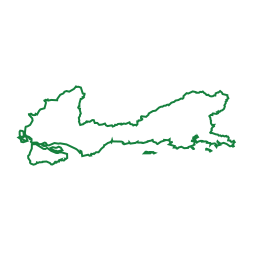 Mawlamyine, Mon, Myanmar, rotated 277°
{"feature_id": "60261553B68016490563167", "entity_name": "Mawlamyine", "entity_type": "district", "adm_level": 2, "iso_a3": "MMR", "parent_name": "Myanmar", "parent_adm1": "Mon", "projection": "orthographic", "projection_center": [97.813, 15.742], "detail": "fine", "context": "isolated", "style": "outline", "palette": "green", "viewbox_px": 256, "rotation_deg": 277, "n_neighbors": 0, "source": "geoboundaries", "source_scale": "gbopen_adm2", "svg_char_len": 5891}
<svg xmlns="http://www.w3.org/2000/svg" viewBox="0 0 256 256"><g transform="rotate(277 128 128)"><path d="M129.1,28.1L125.9,31.8L123.7,32.4L119.2,30.5L117.4,28.1L116.9,26.5L116.3,26.2L110.0,26.3L107.8,27.6L107.0,31.0L105.3,33.6L103.6,33.8L102.5,33.3L102.0,33.8L101.8,35.1L102.5,39.4L101.1,41.9L101.5,44.1L103.3,46.9L103.2,48.1L101.2,49.9L101.0,50.8L101.2,51.8L104.1,56.8L104.0,60.8L104.5,62.5L104.2,69.0L100.9,78.9L100.0,80.6L97.4,83.4L98.1,84.1L99.4,83.8L99.1,84.6L94.5,86.0L96.6,91.7L95.8,93.1L96.2,94.7L96.8,94.3L97.9,94.7L97.9,96.4L98.5,97.1L98.2,97.6L100.0,99.2L100.3,101.7L104.2,104.1L106.5,106.3L108.1,106.5L108.2,107.1L110.7,109.9L112.0,112.6L112.9,111.9L111.7,113.3L114.0,113.7L112.8,114.2L113.7,123.0L113.5,124.2L112.8,125.2L112.0,124.8L111.4,126.1L113.3,131.0L114.0,131.0L112.8,132.2L114.1,137.2L115.5,139.1L114.9,139.1L114.7,139.7L115.2,143.6L114.9,143.8L114.9,144.8L116.7,149.1L117.2,149.1L118.6,153.5L118.8,153.8L120.1,153.6L118.2,154.2L117.4,154.9L116.9,157.7L115.9,158.6L115.7,159.3L118.4,162.3L120.0,165.8L120.6,165.5L120.8,169.5L121.9,170.7L119.9,170.9L118.7,171.7L119.4,173.2L119.2,173.3L116.7,170.7L115.8,176.5L114.2,175.9L114.5,178.2L113.6,178.7L113.6,179.6L114.8,180.6L115.9,183.2L114.8,186.3L115.6,190.1L116.5,190.3L118.4,194.3L119.6,196.0L120.1,195.6L122.6,196.1L122.8,193.0L123.2,193.0L123.3,194.5L124.2,194.2L125.5,194.4L125.8,193.9L126.8,194.1L126.9,194.9L128.5,196.1L128.2,197.4L127.8,197.4L127.8,197.8L128.3,197.8L127.5,198.5L126.5,197.1L126.8,196.7L124.9,196.1L124.8,195.4L125.3,194.8L124.7,194.8L124.3,196.3L121.9,198.1L123.1,199.4L124.1,201.7L124.2,203.3L123.5,203.2L124.2,207.1L123.9,208.3L122.9,208.1L123.1,211.5L122.5,211.8L121.4,211.8L122.3,212.4L123.3,216.0L122.5,217.4L121.6,217.5L121.2,216.9L120.0,218.1L121.2,218.3L122.6,221.6L123.3,221.0L122.8,220.7L122.7,219.9L124.8,219.3L125.2,218.4L125.7,218.5L124.8,219.6L124.0,220.0L124.4,220.6L123.6,221.9L124.9,224.7L124.2,227.8L122.3,231.4L123.1,234.2L122.4,234.6L122.8,235.2L124.5,233.9L124.8,234.6L126.6,235.0L127.0,235.6L128.2,234.6L127.0,233.2L126.8,232.2L127.3,231.3L128.0,231.1L127.9,228.9L130.5,229.2L131.7,228.2L131.5,226.8L132.1,226.4L131.4,224.6L132.0,223.1L131.2,221.7L131.9,220.6L131.5,219.0L132.4,218.0L132.4,216.0L133.3,212.1L133.0,210.8L133.4,210.2L136.2,211.5L137.1,210.9L139.1,211.8L140.2,213.1L140.8,212.7L141.6,213.1L141.2,211.1L142.7,209.8L144.8,209.4L145.2,209.6L146.4,208.9L148.1,208.5L149.7,207.3L151.0,208.5L151.1,210.2L152.4,210.1L152.8,210.5L152.8,214.2L153.5,215.3L154.5,214.6L154.6,215.2L155.3,215.5L154.7,216.0L155.4,216.3L155.3,217.1L156.3,217.8L157.1,219.5L158.8,221.0L161.4,221.5L162.2,220.9L164.6,222.0L166.0,221.7L167.1,222.9L167.9,222.2L169.6,224.0L170.7,223.5L171.0,222.9L172.7,222.6L173.2,217.8L174.6,216.9L175.9,214.9L174.2,213.4L174.3,212.9L173.1,210.8L170.9,210.7L170.9,209.5L169.9,208.4L169.5,206.6L169.7,205.3L170.8,203.5L170.3,202.6L170.4,201.8L171.6,200.6L171.9,199.5L173.3,197.8L172.6,196.6L172.7,195.2L171.7,194.2L171.3,191.4L171.9,191.0L172.2,187.8L169.6,183.7L169.7,181.9L166.4,179.2L164.8,179.4L163.7,178.6L163.7,177.0L161.9,174.6L161.0,171.8L159.7,170.8L158.4,168.0L155.6,165.7L156.1,165.0L155.6,163.5L154.8,162.8L154.5,161.0L153.4,159.7L153.2,158.3L152.1,156.4L148.6,153.3L147.8,150.6L144.9,146.8L143.7,146.7L141.3,144.6L141.3,140.0L140.9,139.6L139.4,139.7L138.8,141.0L138.2,141.1L137.1,139.6L136.8,137.6L135.9,137.5L135.7,136.4L132.9,136.9L131.6,136.0L132.0,135.3L132.0,134.4L131.2,132.9L132.1,132.1L132.2,129.8L133.8,128.8L131.8,125.3L131.9,123.3L130.6,121.1L130.7,120.6L131.4,120.6L130.8,117.6L129.6,116.5L129.6,114.8L128.5,114.4L127.6,112.6L128.7,111.7L127.4,107.4L128.0,105.8L129.6,104.6L128.3,102.0L127.6,99.0L129.3,96.9L128.9,94.4L131.6,93.1L131.5,91.6L129.5,89.3L129.5,86.4L128.9,86.4L129.0,85.7L128.1,85.3L127.0,83.4L126.4,83.3L125.2,80.2L128.5,78.5L129.3,78.8L132.2,77.9L133.9,78.8L135.5,78.8L136.5,79.4L139.9,78.0L141.3,78.0L141.2,77.2L142.1,76.1L143.6,76.5L143.7,77.1L146.3,76.8L151.1,77.5L151.2,78.4L152.8,80.2L153.3,79.4L154.0,80.3L156.0,80.8L156.7,80.7L156.7,78.9L162.4,76.3L162.9,73.7L162.4,71.7L162.8,71.3L160.2,69.6L156.9,65.2L157.2,62.5L156.2,60.5L154.5,59.7L152.7,56.7L148.3,54.3L146.9,54.3L146.5,48.4L145.5,45.5L146.5,44.9L145.4,43.5L145.9,42.9L145.1,41.7L144.6,42.0L144.6,42.7L142.9,43.5L137.4,42.7L135.8,38.8L134.2,37.7L130.3,36.1L130.8,34.6L129.6,34.4L129.3,33.1L129.3,31.9L129.6,31.0L130.3,30.4L130.3,29.9L130.0,29.8L129.6,28.0L129.1,28.1ZM89.6,33.5L88.1,32.3L85.9,32.7L83.2,35.1L82.2,34.9L81.4,35.2L80.8,36.0L80.1,38.6L80.8,40.4L82.1,42.0L82.7,41.9L82.5,43.1L83.3,44.3L83.2,45.0L83.7,47.3L84.1,47.4L84.8,51.2L83.7,54.8L82.5,56.2L82.6,57.4L84.2,59.5L84.7,59.3L85.6,59.9L85.0,61.3L86.0,61.8L86.3,63.6L87.6,63.5L88.5,65.2L88.0,64.9L87.6,65.5L88.1,67.2L87.9,68.3L88.9,69.1L89.8,69.3L89.5,69.9L90.8,71.3L94.8,70.7L95.7,65.2L95.4,62.8L94.6,61.5L94.5,59.7L95.9,54.6L98.4,50.1L97.1,48.5L97.0,46.6L100.8,38.4L100.0,34.6L95.8,35.0L91.6,33.7L89.6,33.5ZM97.9,65.6L100.3,63.7L101.0,61.5L99.8,59.7L99.5,58.6L99.8,55.7L98.7,53.7L97.6,54.9L96.5,58.2L96.7,59.5L96.2,60.8L97.9,65.6ZM106.2,22.1L106.3,23.4L107.5,26.3L108.8,25.3L111.7,24.6L112.2,23.4L112.2,21.4L111.1,20.9L108.1,21.3L106.2,22.1ZM106.0,25.2L105.7,22.6L105.1,22.6L104.3,23.4L103.4,26.0L102.8,28.5L103.1,29.8L106.8,28.1L107.2,26.8L106.4,25.2L106.0,25.2ZM102.5,28.7L104.0,23.6L105.5,20.8L105.2,20.4L103.9,22.8L101.3,23.8L101.1,25.7L102.5,28.7ZM106.5,157.8L106.7,156.6L107.2,156.0L106.8,152.3L106.4,152.0L106.7,149.0L106.5,148.3L104.8,147.1L105.6,153.2L106.6,154.1L106.5,156.1L105.9,156.8L106.5,157.8ZM100.3,49.6L100.8,46.4L100.6,45.1L100.3,45.1L99.9,46.7L100.3,49.6ZM115.5,213.4L116.1,212.4L116.5,210.7L114.7,212.3L115.5,213.4ZM104.7,32.7L106.4,31.4L106.4,30.7L105.2,31.7L104.7,32.7ZM116.0,196.2L115.6,195.8L116.3,194.9L116.0,194.1L115.1,195.3L115.3,196.0L116.0,196.2ZM116.7,210.0L116.7,208.2L116.1,208.2L116.3,210.4L116.7,210.0Z" fill="none" stroke="#15803d" stroke-width="2"/></g></svg>